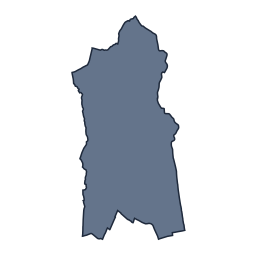 outline of Thung Khru, Bangkok Metropolis, Thailand, rotated 179°
{"feature_id": "78962969B48707733075976", "entity_name": "Thung Khru", "entity_type": "district", "adm_level": 2, "iso_a3": "THA", "parent_name": "Thailand", "parent_adm1": "Bangkok Metropolis", "projection": "equal_earth", "projection_center": [100.498, 13.625], "detail": "fine", "context": "isolated", "style": "filled", "palette": "slate", "viewbox_px": 256, "rotation_deg": 179, "n_neighbors": 0, "source": "geoboundaries", "source_scale": "gbopen_adm2", "svg_char_len": 5701}
<svg xmlns="http://www.w3.org/2000/svg" viewBox="0 0 256 256"><g transform="rotate(179 128 128)"><path d="M87.8,190.9L88.0,191.2L89.2,192.9L89.5,193.6L89.6,194.2L89.5,194.9L88.9,196.5L87.8,199.8L87.7,200.7L87.7,201.1L87.8,201.5L88.0,201.8L88.3,202.2L89.6,203.1L90.8,204.3L91.3,204.6L91.9,204.7L92.7,204.8L94.5,204.6L94.9,204.6L95.4,204.8L95.8,205.3L96.0,205.7L96.2,206.4L96.3,207.5L96.6,210.3L97.8,216.6L97.9,219.1L98.1,219.9L98.5,220.7L98.9,221.1L99.3,221.4L101.8,222.8L102.9,223.8L103.5,224.3L104.2,224.7L108.9,227.7L111.1,229.6L112.1,229.7L112.3,229.8L112.7,230.1L113.1,230.6L113.9,231.7L115.0,233.2L116.0,235.3L116.9,236.4L117.1,236.8L117.8,238.6L118.6,239.7L119.4,239.1L120.1,238.5L120.7,237.5L120.9,237.3L123.2,236.8L123.8,236.5L124.1,236.1L124.4,235.2L124.7,234.9L124.9,234.9L125.7,235.3L126.1,235.3L126.8,235.0L128.8,233.9L129.3,233.4L130.5,231.7L131.2,230.5L132.9,227.3L134.1,225.8L134.5,225.3L135.1,223.9L135.5,222.9L135.7,222.2L135.4,221.2L135.4,220.6L135.5,219.5L135.9,217.9L135.9,216.0L135.9,215.1L136.1,214.4L136.5,213.2L136.8,212.2L137.9,212.7L138.3,212.8L138.5,212.8L138.8,212.5L139.2,212.1L139.3,211.9L140.6,211.5L141.3,211.2L142.6,210.0L142.9,209.8L143.6,209.7L143.9,209.6L146.6,206.7L147.1,206.4L148.0,206.2L149.4,206.4L149.6,206.4L150.1,206.2L150.4,206.1L151.0,206.4L151.8,206.9L152.2,207.0L153.1,206.9L154.1,206.4L154.3,206.3L161.2,208.4L162.5,208.6L162.5,208.1L162.5,207.7L164.6,199.5L165.4,196.2L165.8,195.1L167.1,192.3L167.3,192.0L167.4,191.8L170.2,190.4L171.9,189.6L174.1,188.2L176.5,187.1L179.7,185.4L180.8,185.0L183.0,184.5L182.9,183.3L181.9,178.0L181.7,175.9L181.6,173.6L181.5,173.3L181.4,173.1L180.9,172.9L180.7,172.7L179.9,170.7L179.2,170.6L178.9,170.5L178.3,170.2L178.0,169.8L177.7,169.1L177.4,168.6L177.1,168.2L176.3,167.7L176.3,167.4L177.0,166.2L175.7,164.0L175.2,164.2L174.9,164.3L174.4,164.2L174.0,163.8L173.7,163.2L173.2,162.9L173.0,162.6L172.9,162.2L173.0,161.8L173.8,159.9L173.9,159.3L174.0,158.9L173.9,158.4L173.6,157.2L173.5,156.7L173.7,154.3L173.7,153.1L173.7,152.4L173.3,151.0L173.2,149.8L172.5,148.5L172.3,148.1L172.3,147.7L172.3,147.4L172.4,147.1L173.1,145.8L173.1,145.2L172.7,143.6L172.5,142.1L172.3,141.0L172.1,140.2L171.3,138.0L171.3,137.8L171.6,136.7L171.6,136.1L171.6,135.8L171.1,134.6L171.1,132.9L170.8,131.3L170.7,130.7L170.1,129.4L169.9,128.7L170.1,127.7L170.2,125.3L170.0,122.7L169.9,122.3L169.8,121.9L168.9,120.3L168.7,119.8L168.6,119.3L168.3,117.1L168.4,116.4L168.6,115.8L169.0,115.5L169.6,115.1L169.8,114.9L169.8,114.7L169.8,112.4L170.4,111.5L171.8,109.5L172.4,108.7L172.8,107.9L174.6,103.9L175.8,100.3L176.6,98.2L176.5,97.9L175.9,97.5L175.5,97.0L174.6,95.2L174.0,93.9L173.8,92.7L173.8,91.3L173.9,90.7L174.2,89.8L173.5,89.1L172.7,88.0L172.1,87.6L171.0,87.0L170.7,86.8L170.6,86.4L170.4,85.6L170.2,85.1L170.2,84.8L170.5,83.5L170.5,82.3L170.7,81.4L171.3,80.0L171.6,78.8L171.6,78.6L171.5,78.1L171.4,77.4L171.7,76.8L171.9,76.3L172.3,73.5L172.0,72.6L171.0,72.4L170.9,72.3L170.9,70.6L170.6,69.6L170.7,68.7L171.0,68.4L171.4,67.6L171.7,67.2L173.0,66.8L174.2,66.7L174.2,63.9L174.2,62.2L173.6,60.7L173.2,58.5L173.1,57.7L173.2,56.5L174.1,56.2L173.6,55.2L173.7,54.3L172.6,50.4L172.8,49.5L173.4,47.9L173.7,46.1L174.4,37.1L174.7,30.7L174.8,30.2L174.9,26.7L175.1,23.7L175.1,22.9L175.3,21.6L175.4,20.6L174.7,20.7L173.4,21.1L170.8,21.7L170.5,21.9L167.2,23.1L166.8,23.1L166.3,23.1L165.8,22.8L164.4,21.7L160.3,18.1L159.0,17.7L158.6,17.7L158.2,17.7L157.5,17.9L157.3,18.0L155.4,17.2L153.5,21.7L152.9,22.8L152.9,22.7L152.7,23.0L152.2,24.0L151.4,25.9L151.4,26.2L151.2,26.5L150.3,28.4L148.0,26.7L147.8,26.9L147.1,28.5L143.6,36.2L142.2,39.1L142.6,39.4L141.4,42.1L139.8,45.7L136.6,43.1L136.6,42.8L136.3,42.4L130.1,36.7L129.8,36.5L129.4,36.5L129.0,36.1L128.5,36.1L127.7,35.4L127.1,35.1L126.9,34.9L126.4,34.7L126.2,34.1L125.9,33.8L124.7,33.2L124.2,34.0L124.1,34.5L123.3,36.9L123.2,37.1L123.0,37.6L120.6,36.2L118.9,35.4L115.6,33.4L113.8,32.6L113.3,32.4L112.1,31.9L111.7,31.9L110.4,32.0L108.6,32.3L106.7,31.9L106.1,31.5L105.5,31.0L104.8,30.2L104.6,29.7L103.3,26.2L101.8,22.8L100.3,19.4L99.9,18.0L99.4,16.3L98.0,16.8L90.4,19.0L85.3,19.8L85.5,22.6L83.1,22.9L79.7,23.5L75.8,24.1L73.0,24.7L73.2,25.5L73.5,27.6L73.7,29.8L73.8,30.3L74.1,31.1L74.7,34.8L74.8,36.4L75.0,37.6L75.1,38.2L75.5,41.8L75.8,43.8L75.9,44.0L76.0,44.1L76.1,45.9L76.1,46.3L76.3,47.4L76.5,48.7L76.7,49.4L76.9,50.2L76.9,50.8L77.1,51.7L77.8,56.8L78.2,59.9L78.9,65.5L79.2,69.4L79.3,70.8L79.5,71.7L80.1,78.1L80.3,81.8L80.3,83.4L80.4,84.4L81.2,88.5L82.7,95.1L83.1,96.7L83.3,97.1L83.4,98.4L83.7,101.9L83.8,105.7L83.9,106.2L84.7,108.5L84.9,109.2L85.0,110.8L85.0,111.3L84.9,112.7L84.7,113.2L84.5,113.5L84.2,113.8L82.9,114.4L82.2,114.8L81.8,115.3L81.6,115.7L81.5,116.1L81.6,116.8L81.7,117.4L82.3,118.5L82.4,119.5L82.3,120.1L82.1,120.3L80.8,121.3L80.4,121.7L79.3,123.9L78.9,124.7L78.2,125.6L77.4,127.0L77.3,128.0L77.5,129.6L77.7,130.1L78.8,131.0L79.6,131.6L80.4,132.2L81.2,133.1L81.5,133.8L81.8,134.6L82.0,135.8L82.1,136.2L82.9,137.1L83.9,138.0L84.6,138.9L85.0,139.6L85.9,140.7L86.2,141.1L86.6,141.4L87.2,141.6L88.1,141.6L88.5,141.7L89.7,141.7L90.4,141.8L90.9,142.0L91.2,142.4L91.3,143.0L91.5,146.7L91.6,146.8L91.8,146.9L92.8,147.1L94.2,147.2L94.6,147.7L95.1,148.4L96.1,150.2L97.2,152.1L97.8,153.9L98.1,154.9L98.1,155.8L98.1,157.0L98.0,157.5L97.9,157.6L97.7,157.6L97.7,157.9L97.6,158.8L97.6,159.2L97.8,160.5L97.9,161.7L97.9,162.4L97.9,163.3L97.6,164.0L97.1,165.3L96.7,166.6L96.3,168.3L96.2,169.4L96.1,171.1L96.0,172.2L95.5,173.6L94.9,174.5L94.5,175.3L93.5,177.4L93.3,178.0L93.3,178.5L93.4,179.7L93.6,180.9L93.6,181.3L93.5,181.8L93.3,182.4L93.1,182.7L92.1,183.4L90.6,182.8L90.2,183.4L88.1,187.0L87.8,187.8L87.6,188.8L87.5,189.4L87.6,189.8L87.8,190.4L87.8,190.9Z" fill="#64748b" stroke="#1e293b" stroke-width="1.5"/></g></svg>